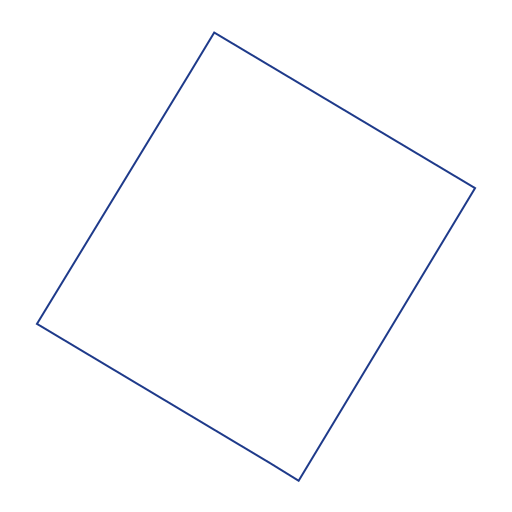 Saline, Illinois, United States of America (Robinson projection), rotated 31°
{"feature_id": "52423323B73241323723965", "entity_name": "Saline", "entity_type": "district", "adm_level": 2, "iso_a3": "USA", "parent_name": "United States of America", "parent_adm1": "Illinois", "projection": "robinson", "projection_center": [-88.57, 37.753], "detail": "fine", "context": "isolated", "style": "outline", "palette": "blue", "viewbox_px": 512, "rotation_deg": 31, "n_neighbors": 0, "source": "geoboundaries", "source_scale": "gbopen_adm2", "svg_char_len": 247}
<svg xmlns="http://www.w3.org/2000/svg" viewBox="0 0 512 512"><g transform="rotate(31 256 256)"><path d="M105.0,134.2L103.2,427.0L374.6,426.3L408.3,426.7L408.8,85.0L105.1,86.0L105.0,134.2Z" fill="none" stroke="#1e3a8a" stroke-width="2"/></g></svg>